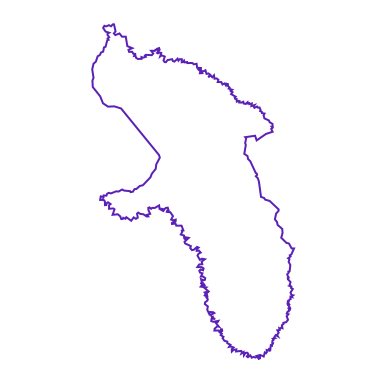 the district of Paragominas, Pará, Brazil, rotated 274°
{"feature_id": "56859067B66130405512387", "entity_name": "Paragominas", "entity_type": "district", "adm_level": 2, "iso_a3": "BRA", "parent_name": "Brazil", "parent_adm1": "Pará", "projection": "natural_earth1", "projection_center": [-47.632, -3.124], "detail": "fine", "context": "isolated", "style": "outline", "palette": "violet", "viewbox_px": 384, "rotation_deg": 274, "n_neighbors": 0, "source": "geoboundaries", "source_scale": "gbopen_adm2", "svg_char_len": 5996}
<svg xmlns="http://www.w3.org/2000/svg" viewBox="0 0 384 384"><g transform="rotate(274 192 192)"><path d="M142.8,297.7L142.7,295.3L147.4,292.3L147.8,289.8L152.6,284.2L157.4,285.2L161.5,284.6L165.1,279.7L168.0,278.9L170.5,276.6L176.3,277.4L179.3,279.7L180.7,279.6L188.5,270.1L189.5,265.5L191.1,264.3L191.9,261.2L207.2,258.0L210.3,256.7L212.2,254.6L213.4,255.7L214.8,255.4L215.5,254.2L226.9,247.9L228.7,245.7L231.8,244.8L233.7,241.5L242.7,242.4L244.6,241.6L249.3,242.3L250.4,241.3L252.5,251.0L248.0,252.9L255.1,261.8L257.7,268.2L260.4,266.6L261.6,267.8L262.6,267.0L262.6,268.0L265.6,267.5L267.0,264.6L268.7,263.8L270.5,259.1L273.4,258.1L275.3,258.9L275.6,256.3L276.8,256.1L277.5,254.3L278.6,254.7L281.0,253.5L280.8,251.7L281.8,250.9L280.3,248.4L281.7,247.4L283.1,248.3L281.9,245.2L284.5,245.5L283.7,243.0L284.7,242.7L284.2,241.3L285.4,241.1L283.6,239.3L283.9,237.3L285.6,236.9L284.6,234.9L284.6,232.9L286.0,233.1L286.2,232.4L285.3,230.4L287.9,230.0L287.9,228.6L289.2,228.0L290.1,228.9L292.4,224.2L294.4,225.5L295.4,223.7L295.1,222.7L296.8,224.9L297.7,221.5L298.8,222.2L300.3,220.4L302.1,220.3L302.4,218.9L300.7,218.4L302.6,217.0L301.4,214.9L303.7,213.6L303.5,210.0L305.8,210.5L307.0,208.6L306.6,206.5L309.9,205.8L307.9,204.2L309.5,202.6L307.6,200.2L310.3,201.9L311.4,200.2L310.8,198.3L314.4,196.9L313.2,195.0L313.3,192.6L311.3,193.9L311.0,191.6L313.1,191.9L314.7,189.8L315.5,190.6L315.1,192.3L316.3,192.3L316.3,188.5L320.2,187.6L319.5,184.9L320.7,183.3L320.3,178.3L321.3,178.1L320.8,175.7L322.5,174.9L320.9,173.9L320.7,172.7L323.7,172.6L323.6,170.4L322.1,169.3L324.0,168.3L320.9,165.4L321.2,163.9L323.1,162.9L321.9,158.4L319.7,156.9L319.7,155.6L321.2,154.4L325.2,155.4L326.2,152.2L325.0,150.8L328.6,151.6L328.9,149.8L327.9,148.3L328.4,147.4L331.7,149.8L333.3,149.1L332.4,147.2L331.4,147.6L331.3,145.5L330.2,145.1L330.0,141.4L327.4,143.7L325.7,142.4L325.6,136.3L324.8,135.5L323.6,136.5L322.6,133.8L323.1,132.2L320.5,132.5L321.4,132.0L320.9,128.7L322.0,126.8L324.1,126.1L323.7,124.8L325.8,125.5L325.8,123.8L327.7,122.6L327.4,119.4L329.4,118.7L331.3,122.4L333.0,117.3L342.3,115.1L342.1,111.3L345.1,108.6L343.2,104.6L344.7,103.0L346.9,104.5L353.8,102.5L353.7,101.3L351.7,99.7L352.6,97.5L351.2,94.7L351.7,93.0L349.5,91.9L346.0,94.6L345.1,98.2L344.1,96.7L342.9,96.7L340.6,98.6L339.3,97.1L338.0,98.1L337.5,96.9L330.8,95.6L330.1,94.1L325.8,93.6L324.9,91.6L322.2,90.5L320.8,88.4L315.3,87.0L313.1,84.8L307.4,83.9L299.0,85.8L296.2,84.9L289.8,85.7L281.1,93.7L274.3,97.0L271.3,102.3L272.0,108.6L270.4,115.4L226.6,156.5L224.0,157.5L217.0,154.4L212.6,154.2L207.3,150.6L203.7,149.5L195.3,142.5L194.4,139.5L191.1,136.3L190.9,134.5L188.1,132.9L187.6,130.7L188.5,130.3L188.7,124.1L189.6,122.1L187.3,118.7L187.4,116.4L184.9,111.1L185.4,109.2L184.4,107.5L182.4,106.9L182.4,104.1L180.8,104.1L181.3,101.3L177.7,100.9L177.8,103.3L178.7,103.7L176.5,105.8L172.8,106.1L173.0,107.4L174.9,107.7L175.9,108.9L174.3,111.6L173.0,110.2L169.5,110.4L170.1,114.7L169.4,115.9L163.7,114.4L164.6,119.5L162.7,122.1L160.1,123.3L160.3,124.8L161.5,125.2L160.7,127.5L162.3,128.2L159.1,133.4L162.6,135.6L161.3,137.9L162.6,139.7L166.6,138.7L167.7,139.8L166.5,142.1L166.4,145.1L164.4,148.4L164.6,150.0L166.1,148.8L167.3,151.8L170.7,149.9L173.1,149.5L173.7,150.5L172.4,152.4L173.4,153.4L173.5,156.0L176.3,160.1L172.9,160.8L171.0,164.7L171.6,165.1L173.0,163.8L172.8,165.6L174.3,167.0L174.7,168.9L171.8,170.0L171.7,168.6L170.4,168.3L170.3,171.8L166.6,174.7L163.0,173.1L162.4,174.8L163.3,177.7L161.7,177.7L159.7,174.1L158.7,174.3L159.4,177.7L157.3,178.7L157.7,183.9L153.0,186.1L152.7,184.9L153.5,184.2L151.4,185.0L148.8,183.8L148.0,187.1L145.3,187.4L144.2,188.7L146.4,188.6L146.0,191.9L141.8,188.0L140.2,188.7L137.9,194.7L136.0,194.1L134.0,196.0L134.5,197.8L137.6,200.9L137.0,202.4L135.6,200.8L133.6,200.8L134.1,202.9L132.2,204.9L130.9,202.8L128.9,201.9L124.9,204.6L126.2,206.7L125.8,209.5L123.3,206.5L120.7,207.3L120.2,204.2L117.5,202.6L117.7,207.0L116.6,208.9L114.7,208.5L115.3,206.1L114.0,204.8L112.2,205.6L111.6,208.1L108.3,206.8L108.5,208.8L107.0,211.2L105.3,211.0L104.7,209.8L105.6,207.2L102.9,208.0L101.5,207.4L100.8,208.3L102.0,209.2L99.8,211.2L99.2,210.7L99.8,208.5L98.2,207.3L97.8,212.8L96.8,211.6L93.9,215.6L92.2,214.0L93.2,213.0L92.7,211.7L91.4,212.9L89.7,211.9L89.1,213.5L90.5,213.2L90.3,214.2L88.6,214.7L87.7,213.8L86.3,215.2L84.8,215.0L82.8,212.7L81.1,212.6L79.0,215.8L75.6,215.4L71.5,217.7L73.6,218.3L73.5,221.7L72.8,222.7L70.9,219.4L67.9,220.9L68.6,221.6L67.7,221.8L67.0,224.0L67.0,220.4L64.6,220.2L64.0,222.3L65.3,227.3L64.1,226.7L63.3,224.7L59.5,228.2L59.9,226.7L57.2,224.1L55.3,224.0L55.7,227.7L54.7,229.2L57.0,230.5L57.0,231.5L55.4,231.8L53.8,229.7L52.7,231.6L51.3,230.6L49.7,233.5L48.3,232.7L45.8,234.7L45.3,237.6L43.6,237.8L42.3,241.0L40.1,239.8L40.6,241.8L39.8,244.3L38.1,242.6L35.7,242.9L37.3,244.3L38.1,247.2L36.0,247.1L36.9,252.2L36.0,253.0L34.4,252.6L36.0,254.7L32.7,255.2L35.3,256.7L35.5,258.5L34.1,259.6L31.8,258.2L31.1,259.3L33.0,261.7L30.9,263.1L31.8,264.9L31.3,267.0L32.6,268.3L30.2,270.2L30.9,271.4L32.9,271.3L33.4,269.1L34.2,271.4L32.9,275.0L37.0,275.8L36.3,277.1L37.3,277.8L39.6,277.5L39.3,278.9L40.5,279.6L39.1,280.4L39.4,281.1L44.6,281.3L44.2,282.5L46.6,282.7L46.5,284.2L47.3,282.6L49.1,282.6L50.2,283.7L51.2,282.8L52.0,285.1L52.6,284.1L55.1,285.5L54.0,287.7L55.4,286.8L57.7,288.3L60.0,286.8L60.4,289.0L62.2,288.6L61.7,289.6L62.9,290.4L62.5,291.7L65.5,291.0L66.8,292.5L67.9,292.3L68.7,295.0L71.2,296.7L74.6,295.1L76.8,296.7L77.3,295.0L79.3,295.7L79.7,296.9L82.1,296.9L81.6,297.9L82.5,298.1L83.0,296.6L83.9,297.5L85.5,296.0L86.5,297.0L87.1,296.5L86.1,295.7L86.9,295.1L88.9,295.2L88.2,295.8L91.4,296.6L92.0,297.8L94.3,297.5L94.1,299.1L94.7,298.6L96.0,300.1L96.3,298.3L98.6,297.3L102.3,299.3L103.2,297.5L104.5,297.7L105.1,295.9L105.5,296.7L106.6,295.9L109.0,296.6L111.7,293.7L112.9,293.6L113.4,295.2L113.6,294.1L116.4,292.7L118.3,294.1L119.3,293.7L119.8,294.9L126.0,295.2L129.1,293.3L131.7,293.9L132.6,292.5L134.5,294.8L135.7,294.0L136.7,295.5L142.8,297.7Z" fill="none" stroke="#5b21b6" stroke-width="2"/></g></svg>